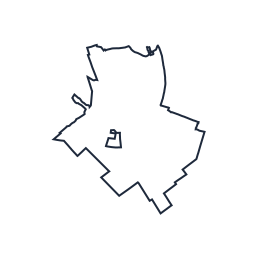 the district of Vinga, Arad, Romania, rotated 238°
{"feature_id": "2599482B39713020379937", "entity_name": "Vinga", "entity_type": "district", "adm_level": 2, "iso_a3": "ROU", "parent_name": "Romania", "parent_adm1": "Arad", "projection": "orthographic", "projection_center": [21.198, 46.036], "detail": "fine", "context": "isolated", "style": "outline", "palette": "slate", "viewbox_px": 256, "rotation_deg": 238, "n_neighbors": 0, "source": "geoboundaries", "source_scale": "gbopen_adm2", "svg_char_len": 5037}
<svg xmlns="http://www.w3.org/2000/svg" viewBox="0 0 256 256"><g transform="rotate(238 128 128)"><path d="M93.6,188.0L93.9,188.3L94.6,189.0L94.7,189.4L94.7,189.5L94.6,189.8L94.6,190.0L94.9,190.3L95.6,191.0L96.5,190.1L97.8,189.2L98.9,188.3L99.9,187.4L101.3,186.4L102.9,185.2L104.3,184.2L105.3,183.5L106.2,182.8L107.6,181.8L108.0,181.5L108.7,180.9L109.4,180.3L110.5,179.5L111.9,178.5L113.3,177.5L113.4,177.4L113.5,177.3L113.7,177.1L113.9,177.0L114.0,176.9L114.2,176.7L114.9,176.2L115.4,175.8L116.8,174.7L118.3,173.5L118.4,173.0L118.5,172.8L118.8,172.7L119.5,172.5L120.7,172.0L121.9,171.4L122.6,172.4L123.4,173.4L123.9,173.1L125.0,172.0L127.5,169.8L129.0,168.5L129.6,167.8L130.2,167.8L130.3,167.9L130.8,168.6L131.7,169.7L132.6,170.8L133.6,171.9L134.6,173.2L135.5,174.0L136.6,175.1L138.3,176.7L139.3,177.8L140.2,178.5L141.1,179.3L142.7,180.7L144.2,182.0L145.2,182.8L145.3,182.9L146.4,183.6L149.8,185.4L151.2,186.3L151.6,186.5L153.9,187.6L155.4,188.3L157.4,189.3L158.8,189.9L159.8,190.2L161.4,190.9L162.3,191.1L163.7,191.8L165.6,192.6L167.3,193.3L169.8,194.4L171.2,195.0L171.6,195.1L172.9,195.4L174.8,195.9L176.0,196.2L178.4,196.7L179.3,196.9L182.0,197.0L182.1,196.8L181.7,196.0L181.3,195.5L180.3,194.2L179.7,193.4L179.6,193.0L179.7,191.8L179.7,190.9L179.8,190.1L179.8,189.8L179.7,189.6L179.4,189.5L178.9,189.3L178.4,189.1L177.8,189.0L177.4,188.8L177.2,188.5L177.2,188.3L177.3,187.9L177.4,187.4L177.6,187.0L177.8,186.1L177.8,185.8L178.1,185.7L178.4,185.8L178.7,186.0L179.0,186.3L179.4,186.5L179.8,186.8L180.0,187.1L180.0,187.3L180.0,187.8L180.4,188.1L180.8,188.2L181.0,188.1L181.2,187.9L181.7,187.9L182.6,188.2L183.3,188.4L184.0,188.7L184.4,188.8L185.0,188.9L185.3,188.9L185.4,188.6L185.5,188.2L185.6,187.9L185.8,187.6L186.0,187.4L186.4,187.2L186.6,187.1L186.6,186.9L186.4,186.8L185.9,186.8L185.4,186.6L184.7,186.3L184.1,186.1L183.6,186.0L182.9,186.1L182.4,186.0L182.0,185.9L181.5,185.7L181.1,185.6L180.6,185.6L179.9,185.4L179.6,185.2L179.2,184.7L179.0,184.1L179.0,183.5L179.0,182.8L179.0,182.0L179.2,181.4L179.4,180.9L179.8,180.5L180.2,180.1L180.7,179.6L181.0,179.3L181.7,178.8L182.6,178.3L183.2,178.0L183.9,177.6L184.8,177.0L185.3,176.7L186.3,176.1L187.5,175.1L188.6,174.1L189.1,173.8L190.9,173.0L192.4,172.6L193.3,172.4L194.3,172.5L195.1,172.5L195.7,172.3L196.8,172.1L197.1,171.9L197.3,170.8L197.7,169.0L197.7,168.7L197.9,168.1L198.0,167.9L198.5,166.8L199.3,165.0L199.6,164.5L199.7,164.1L200.1,163.3L200.5,162.4L201.7,160.5L203.0,158.3L203.5,157.4L203.6,157.2L204.0,156.3L204.6,154.3L205.1,152.9L205.6,151.3L205.7,150.8L205.7,150.3L205.7,150.0L205.8,150.0L206.3,150.1L206.7,150.1L206.9,150.0L206.9,149.8L206.9,149.5L206.9,149.3L206.9,149.2L207.0,148.9L206.9,148.6L206.8,148.4L208.0,148.3L210.1,148.1L211.0,147.9L211.2,147.6L211.6,147.2L213.7,144.9L213.8,144.9L215.0,145.5L215.2,144.9L215.7,143.2L216.3,140.0L217.7,135.9L210.8,134.1L211.2,132.7L208.6,132.1L203.6,131.1L198.6,129.9L189.4,128.2L185.0,127.3L185.8,126.4L186.1,125.8L186.4,124.4L186.8,124.0L187.4,123.5L188.5,123.0L192.8,120.8L192.6,120.7L191.3,120.4L186.2,119.1L179.0,117.2L178.6,117.2L178.1,117.0L177.5,116.5L167.0,108.6L166.6,107.9L166.2,106.6L166.6,106.8L168.1,106.7L168.5,106.3L169.2,105.2L170.0,104.6L171.1,104.3L172.2,104.0L172.8,103.8L173.9,103.1L175.4,102.8L176.9,102.8L178.1,102.7L179.0,102.5L179.5,101.9L184.8,100.3L183.8,98.2L183.0,96.7L182.9,96.7L182.4,96.8L181.0,96.7L180.2,96.6L179.1,96.8L177.6,96.9L177.4,97.0L176.2,97.7L175.5,98.9L174.6,99.1L172.0,100.6L167.5,101.9L166.3,102.1L164.6,99.4L162.8,98.6L162.7,97.2L162.6,91.7L162.9,88.8L162.0,87.5L161.5,85.2L161.6,84.6L161.7,83.5L161.5,81.7L160.9,79.6L161.2,78.7L161.8,76.8L161.4,76.2L160.5,70.3L160.1,67.6L160.1,67.4L159.9,67.4L159.1,67.8L158.2,61.5L157.8,59.0L155.6,61.4L153.5,63.8L153.1,64.3L151.1,66.9L146.8,67.6L146.4,67.7L143.9,68.1L141.7,68.4L140.8,68.6L139.7,68.7L137.6,69.1L136.5,69.3L135.8,69.4L134.5,69.7L132.2,70.1L131.1,70.3L131.1,70.6L131.4,72.2L131.8,74.2L132.2,76.3L132.7,78.5L133.3,81.6L101.5,89.0L101.2,89.1L100.3,79.1L75.2,84.6L75.8,95.4L76.1,99.7L76.7,107.5L76.2,107.7L74.9,107.8L54.8,107.8L54.7,110.4L54.7,110.5L38.3,110.4L39.3,123.0L39.3,124.0L43.7,123.9L47.7,123.9L48.0,123.9L49.8,123.9L53.5,123.8L53.8,127.0L54.2,131.2L54.5,134.8L54.7,137.0L54.9,139.0L55.3,139.0L56.7,138.9L56.9,138.9L57.1,138.9L57.3,143.0L57.4,146.3L57.7,152.9L61.2,152.6L63.8,152.3L64.2,156.3L64.6,160.5L64.9,164.1L65.4,169.5L65.8,170.0L68.4,172.9L69.8,174.6L71.0,175.9L74.5,179.8L75.2,180.6L78.1,183.9L84.2,190.9L87.5,187.5L87.9,187.1L88.1,187.0L88.5,186.8L88.8,186.6L89.1,186.5L89.4,186.3L89.8,186.1L90.1,185.8L90.7,185.3L91.0,184.7L91.8,185.4L92.0,185.5L92.3,186.2L92.4,186.3L93.6,188.0ZM125.9,111.0L129.9,114.7L131.5,112.7L133.1,110.8L134.1,111.6L135.1,112.4L134.7,113.2L133.7,115.0L133.3,115.2L132.1,115.4L130.0,115.6L128.2,118.6L126.7,117.6L125.2,116.8L122.8,115.4L120.0,114.1L116.1,112.2L115.3,111.8L116.2,110.3L117.4,108.2L118.4,106.7L119.1,105.8L120.3,104.2L122.1,102.1L123.7,100.3L124.3,99.7L124.6,100.0L128.8,105.0L129.8,106.1L129.0,107.1L125.9,111.0Z" fill="none" stroke="#1e293b" stroke-width="2"/></g></svg>